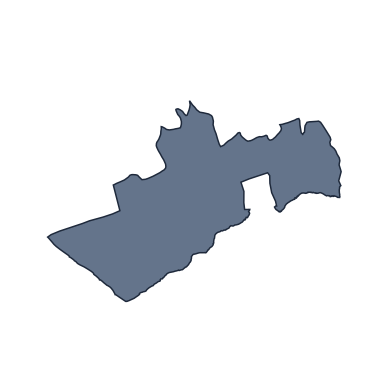 the district of Moanda, Bas-Congo, Democratic Republic of the Congo, rotated 345°
{"feature_id": "63176286B88277060419996", "entity_name": "Moanda", "entity_type": "district", "adm_level": 2, "iso_a3": "COD", "parent_name": "Democratic Republic of the Congo", "parent_adm1": "Bas-Congo", "projection": "natural_earth1", "projection_center": [12.948, -5.756], "detail": "fine", "context": "isolated", "style": "filled", "palette": "slate", "viewbox_px": 384, "rotation_deg": 345, "n_neighbors": 0, "source": "geoboundaries", "source_scale": "gbopen_adm2", "svg_char_len": 6065}
<svg xmlns="http://www.w3.org/2000/svg" viewBox="0 0 384 384"><g transform="rotate(345 192 192)"><path d="M267.8,227.9L268.2,229.6L268.6,230.6L269.1,231.2L270.3,232.6L270.7,233.4L271.2,233.8L271.4,233.7L272.1,234.1L272.6,233.9L272.6,233.6L272.9,233.8L273.4,233.7L273.6,233.5L273.9,233.1L274.6,232.7L275.6,232.3L277.0,231.3L277.8,230.4L278.0,229.7L279.2,228.7L279.6,228.4L280.2,227.9L281.2,227.6L281.9,227.2L283.0,226.9L283.9,226.6L284.4,226.3L284.9,226.3L285.3,226.0L286.3,226.0L287.5,225.7L287.8,225.6L288.4,225.4L288.6,225.4L288.9,225.6L289.1,225.6L289.4,225.5L289.6,225.3L289.9,224.6L290.0,224.2L290.3,224.2L290.8,224.7L291.2,224.9L292.1,224.2L292.2,223.6L292.5,223.4L292.7,223.7L292.9,223.7L293.1,223.6L293.3,223.4L293.6,223.1L293.8,223.2L294.0,222.8L294.4,222.8L296.3,221.8L296.7,221.8L297.4,221.5L299.2,221.7L300.1,222.1L301.0,222.4L301.5,222.7L302.5,222.7L302.7,222.8L303.0,222.6L303.9,222.2L304.2,222.4L304.4,222.6L304.9,222.4L306.5,223.1L306.8,222.9L307.5,223.4L307.7,223.8L308.0,223.9L308.5,223.9L308.7,223.7L309.0,223.7L309.6,224.3L310.3,224.6L310.6,224.6L310.7,224.9L310.9,225.0L311.5,225.0L311.6,225.4L312.2,225.6L313.8,225.8L315.3,225.7L315.7,225.8L315.9,226.0L316.3,226.1L317.3,226.9L318.3,227.8L319.9,229.6L320.4,230.0L320.7,230.3L320.8,230.5L322.4,230.6L323.2,231.2L323.5,231.3L323.8,231.2L324.1,231.5L324.3,232.3L324.5,232.3L325.1,232.1L325.5,232.2L325.8,232.4L326.2,231.9L326.5,232.0L326.6,232.3L326.9,232.3L327.3,232.8L327.5,232.8L327.5,232.4L328.2,232.3L328.6,232.7L328.9,233.0L329.7,233.3L330.7,234.1L330.9,234.5L331.1,234.8L333.2,235.5L333.6,234.9L333.7,234.4L333.7,233.7L334.0,232.8L334.2,230.6L334.3,230.2L334.8,228.0L335.2,227.3L335.5,226.6L335.5,226.2L336.0,225.5L336.0,225.2L336.3,225.1L336.8,224.6L337.4,224.4L336.6,219.2L341.3,211.0L341.3,208.7L341.1,204.0L341.5,202.9L342.9,200.1L343.1,197.1L341.9,192.9L341.5,189.6L340.6,187.0L339.0,184.6L337.8,183.0L338.0,179.7L339.6,177.4L339.6,174.9L337.5,167.8L335.5,161.5L334.2,157.9L332.6,156.3L330.5,156.0L326.0,155.1L323.5,154.6L321.1,154.5L318.4,157.2L317.5,159.4L316.1,163.4L315.1,163.8L313.9,165.0L312.8,163.1L313.6,155.2L314.5,150.8L314.2,148.7L312.2,148.6L309.7,149.2L307.2,149.4L302.5,149.9L300.0,149.9L296.6,150.0L294.3,149.7L294.8,152.0L294.8,153.9L293.8,155.7L291.3,157.6L289.7,158.5L286.8,160.5L285.0,161.3L283.4,162.1L281.3,162.2L280.3,161.9L279.2,159.8L279.1,157.3L278.2,156.4L276.1,156.7L273.6,156.7L271.4,156.0L268.4,156.2L265.8,156.9L263.6,157.4L261.9,157.6L259.1,157.4L257.5,155.9L254.8,152.0L253.8,149.8L253.8,147.5L253.1,146.8L251.6,146.9L249.4,148.4L244.0,151.1L240.1,152.2L237.6,153.4L234.8,155.0L231.4,155.6L230.7,153.0L230.4,148.1L230.3,141.9L229.8,137.8L229.8,132.5L231.0,129.1L231.1,125.0L230.6,123.3L228.3,121.0L223.8,118.6L220.1,116.9L217.8,113.8L216.7,111.1L215.0,108.0L213.2,103.2L212.8,107.2L211.7,109.7L210.5,111.9L208.9,114.1L207.3,116.4L206.0,116.6L204.8,114.7L203.7,111.7L201.8,109.5L200.0,108.0L198.2,107.9L197.7,108.3L197.7,109.5L198.3,113.4L199.5,115.9L200.0,117.7L200.0,121.2L199.3,123.7L198.4,125.4L197.4,126.9L195.5,127.0L192.1,126.7L190.4,126.7L186.2,126.2L183.6,125.0L182.2,123.3L180.0,121.3L179.2,120.9L178.7,123.0L177.7,125.2L176.9,127.6L176.3,128.8L173.8,132.2L172.1,133.9L171.0,134.8L170.2,136.0L169.5,138.0L169.5,139.4L170.0,142.4L170.4,144.1L171.3,147.3L171.9,150.0L173.0,153.7L173.7,158.1L173.4,160.5L172.6,162.2L170.6,163.5L168.7,164.0L166.0,165.0L158.5,166.7L153.1,167.5L150.4,167.7L146.8,167.1L144.7,163.6L143.8,161.8L142.3,160.9L139.4,159.9L138.0,159.6L136.3,159.8L134.5,161.1L129.8,162.9L125.5,163.6L121.1,164.2L119.5,164.6L117.8,164.9L117.5,191.4L109.8,192.6L99.8,193.2L85.5,193.3L77.9,194.1L54.1,195.5L44.9,196.7L40.9,198.2L41.6,199.4L44.1,204.6L45.1,206.8L46.8,209.5L49.7,213.3L53.3,217.7L55.9,220.8L56.8,222.2L56.7,223.0L57.7,223.8L59.8,226.4L60.4,227.3L60.6,228.0L61.8,229.1L62.9,231.3L64.6,233.1L68.5,236.5L71.2,239.3L74.2,242.6L75.5,244.4L75.9,245.4L75.8,245.9L76.2,246.6L77.6,248.3L79.7,251.6L79.9,253.0L80.3,253.2L80.8,253.2L82.4,255.3L83.1,256.5L85.0,259.1L85.6,260.0L86.8,261.0L88.3,262.7L89.1,264.1L90.2,266.6L91.0,269.8L91.2,271.3L91.7,271.4L99.6,280.5L100.9,280.8L103.1,280.6L108.5,279.7L113.8,277.8L114.9,277.2L114.9,276.5L116.0,276.0L117.0,275.9L118.5,275.9L119.1,275.7L120.7,275.9L122.1,275.6L123.0,274.7L125.4,273.5L128.7,272.5L130.2,272.4L130.9,271.9L131.5,271.3L134.0,270.7L135.6,270.0L136.4,269.8L137.8,269.8L138.3,269.6L138.6,269.1L138.6,268.5L139.4,267.9L140.7,268.2L141.1,268.1L141.5,267.5L142.1,267.4L142.8,267.0L143.6,266.5L144.2,265.9L144.7,265.6L145.6,265.4L146.2,264.7L147.6,264.2L149.2,263.9L153.5,264.2L155.2,264.1L156.9,264.2L158.2,264.1L158.9,264.0L159.0,264.3L159.2,264.5L161.7,264.4L162.3,264.6L163.1,264.4L163.9,264.0L164.6,263.6L165.3,263.4L166.0,262.9L167.0,262.9L167.4,262.8L168.7,261.9L169.8,261.3L170.8,260.2L171.7,259.4L172.3,259.2L172.9,258.5L173.6,257.5L173.6,256.9L173.8,256.8L174.5,255.5L174.6,254.4L176.7,252.7L177.4,252.5L177.8,252.6L179.7,252.7L181.8,252.6L182.9,252.6L184.0,252.7L187.3,253.6L188.5,253.8L188.7,254.0L189.2,254.0L189.3,254.2L190.0,254.2L192.3,252.4L192.7,251.9L192.9,251.9L193.1,252.0L194.0,251.3L194.8,250.6L195.5,250.3L196.6,250.0L197.1,249.8L197.9,249.2L198.6,248.6L199.1,247.8L199.1,247.3L199.5,247.2L199.9,246.6L199.9,246.0L200.8,243.7L201.4,242.8L201.7,242.6L202.2,241.4L202.4,241.0L202.6,240.2L203.1,239.5L204.0,238.7L205.4,238.0L206.6,237.6L208.6,237.6L209.3,237.4L210.2,236.9L211.0,237.4L211.8,237.4L212.9,237.1L213.5,237.2L214.1,237.4L214.8,237.4L215.0,237.1L217.9,236.5L218.7,236.2L219.6,235.1L220.1,235.0L220.9,234.6L221.6,235.0L222.3,235.3L223.1,235.5L224.0,235.3L224.5,235.0L226.6,235.2L228.6,235.2L230.5,234.7L231.3,234.4L232.3,234.2L232.9,234.0L235.2,232.3L235.2,232.5L235.8,232.7L236.3,232.5L237.0,231.7L237.3,231.1L237.8,230.5L238.8,231.1L239.3,230.8L239.9,230.0L241.0,229.1L242.1,227.6L242.1,227.0L241.6,225.5L243.0,224.4L243.3,223.8L238.3,222.5L239.3,215.7L242.3,204.8L241.8,195.2L250.7,194.1L270.0,193.0L271.3,196.3L269.5,203.8L268.8,213.3L270.3,222.5L270.1,227.4L269.2,227.2L267.8,227.9Z" fill="#64748b" stroke="#1e293b" stroke-width="1.5"/></g></svg>